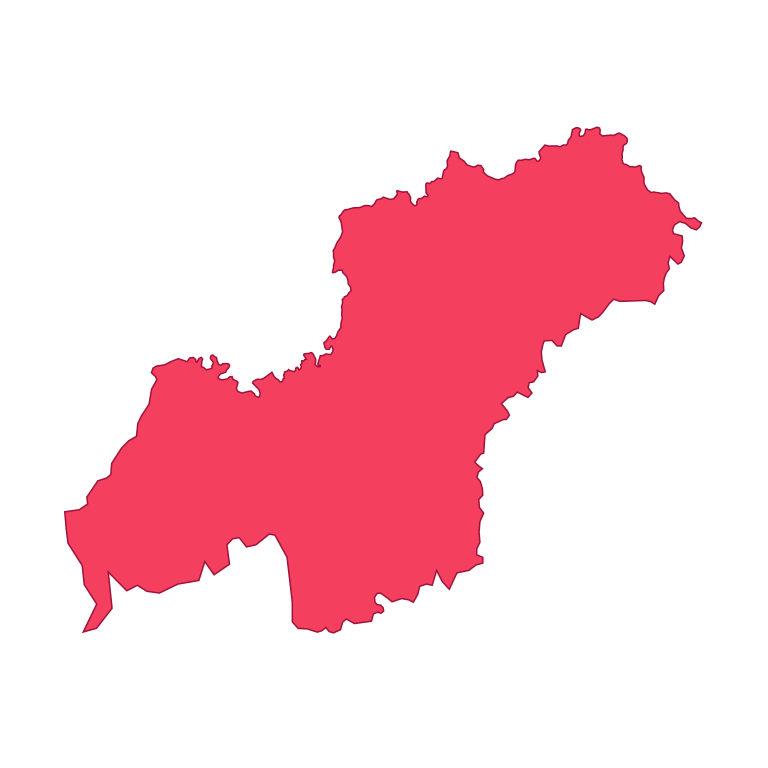 the district of Zémio, Haut-Mbomou, Central African Republic, rotated 177°
{"feature_id": "33826404B4042011562142", "entity_name": "Zémio", "entity_type": "district", "adm_level": 2, "iso_a3": "CAF", "parent_name": "Central African Republic", "parent_adm1": "Haut-Mbomou", "projection": "natural_earth1", "projection_center": [25.196, 5.379], "detail": "fine", "context": "isolated", "style": "filled", "palette": "rose", "viewbox_px": 768, "rotation_deg": 177, "n_neighbors": 0, "source": "geoboundaries", "source_scale": "gbopen_adm2", "svg_char_len": 6138}
<svg xmlns="http://www.w3.org/2000/svg" viewBox="0 0 768 768"><g transform="rotate(177 384 384)"><path d="M709.5,273.1L708.9,255.9L707.9,241.6L694.9,218.6L693.8,199.2L682.4,179.3L697.3,152.1L683.9,155.1L667.3,174.3L669.2,210.7L651.7,191.0L640.8,195.9L631.6,189.4L619.2,187.0L600.3,195.0L579.2,197.5L572.2,216.1L563.7,202.4L547.7,212.1L549.3,231.5L543.4,237.3L536.6,238.1L529.8,228.5L520.3,230.1L506.5,240.1L500.8,238.8L489.9,216.1L487.0,171.0L488.0,151.3L482.5,144.4L473.3,143.4L463.5,139.7L458.9,140.9L454.8,143.9L451.8,139.7L447.6,138.1L440.3,140.9L437.8,148.3L433.9,151.3L426.0,146.3L408.9,147.8L406.6,155.1L402.4,156.4L398.9,155.3L396.2,157.3L396.6,160.6L398.8,163.3L402.5,164.1L404.4,166.6L404.7,171.3L401.8,175.3L398.3,175.3L391.9,170.3L387.4,166.1L377.6,168.8L370.4,167.1L366.2,164.5L361.3,172.1L359.0,180.0L352.1,182.0L346.4,180.5L341.2,195.1L336.2,183.7L329.5,175.6L321.1,191.5L308.8,193.5L301.7,198.4L294.7,200.0L294.4,205.7L300.3,208.6L300.0,214.7L296.5,220.8L296.8,231.0L295.4,241.6L291.2,249.8L295.1,255.5L295.4,263.7L291.2,267.7L291.2,274.3L292.9,281.6L296.1,285.7L294.4,291.0L290.1,294.3L293.6,297.1L297.5,301.2L291.2,308.9L288.1,309.7L285.8,328.1L278.2,334.1L276.1,338.6L266.9,342.2L263.7,342.2L260.4,346.2L262.2,350.6L267.8,358.2L260.8,363.9L255.4,364.9L251.3,368.9L241.0,363.1L236.7,367.3L240.3,372.8L239.0,377.7L234.5,378.3L229.9,384.0L230.2,389.5L226.1,387.1L222.3,387.7L225.0,399.7L225.2,408.0L223.2,415.3L221.6,418.7L213.9,418.7L209.2,413.0L204.9,412.7L200.0,423.9L191.6,428.4L187.1,429.4L184.0,444.0L172.9,437.0L166.2,439.9L161.9,444.0L154.9,452.4L150.2,456.6L144.1,454.2L118.2,453.7L113.0,452.1L109.4,449.5L105.1,457.9L99.7,462.6L99.7,470.1L98.4,475.6L96.3,480.1L93.0,484.2L93.9,490.2L91.8,496.5L84.2,488.4L80.8,490.0L77.4,496.2L79.9,504.3L78.3,510.9L78.5,516.3L87.1,519.0L87.8,522.9L85.7,527.6L80.3,530.7L74.5,528.6L69.5,523.9L64.1,521.6L60.5,524.4L58.5,528.5L61.4,530.0L65.1,533.7L68.7,533.1L73.4,533.7L79.2,541.2L80.3,546.8L80.3,549.3L84.2,552.8L88.6,559.0L92.4,560.1L96.4,559.8L104.8,561.6L107.1,561.2L110.6,564.0L113.3,569.2L113.9,571.5L113.5,576.8L115.7,582.5L116.0,585.5L115.7,587.4L116.2,588.3L117.7,588.8L121.8,587.3L124.5,588.1L126.8,588.0L130.9,590.6L132.8,591.0L133.9,592.4L134.7,595.7L134.2,597.7L134.2,602.0L133.1,604.7L132.8,608.6L132.3,609.8L129.4,611.5L128.5,613.1L128.2,615.8L128.8,617.1L131.2,619.5L136.2,622.4L141.8,620.2L144.5,620.7L152.9,620.3L155.5,622.6L154.8,625.7L155.3,628.3L157.7,629.3L164.8,627.0L168.8,628.0L169.5,627.1L169.9,624.7L171.4,622.1L172.5,621.3L175.4,621.0L176.0,621.6L176.1,623.9L174.4,627.0L174.5,628.2L176.5,629.6L178.7,629.9L182.4,628.3L184.3,621.0L187.3,617.5L188.0,614.8L189.3,613.1L192.3,613.3L195.6,611.7L198.9,612.7L207.3,613.0L210.8,614.2L217.0,607.9L217.0,606.0L215.7,601.8L216.1,600.3L218.1,598.4L219.5,598.6L221.4,601.3L222.5,601.6L226.8,600.4L231.4,601.0L234.7,600.2L238.2,600.5L240.1,598.4L241.2,596.0L242.0,589.9L242.9,588.2L245.5,586.8L249.5,585.7L253.2,583.2L255.7,583.0L258.4,581.9L262.0,582.6L269.7,586.4L272.8,589.3L273.8,591.6L273.2,592.9L275.8,597.1L279.2,597.6L281.3,596.3L283.7,596.0L289.8,598.6L292.3,602.3L296.8,605.7L298.1,611.1L305.0,613.1L305.6,612.3L306.2,608.6L309.2,603.9L309.3,597.7L310.8,595.4L312.4,594.7L313.4,593.3L315.2,586.3L316.4,585.8L319.4,586.9L323.7,583.5L325.6,583.8L327.8,581.7L329.7,582.5L331.3,582.2L331.8,580.5L332.0,573.0L331.7,571.9L330.1,570.7L330.0,570.0L331.4,568.8L333.7,569.5L336.0,567.8L337.8,567.2L339.3,567.4L340.3,566.7L341.7,564.2L341.8,561.5L342.7,560.6L343.7,560.4L345.5,561.5L347.7,564.5L348.1,565.8L347.6,568.4L349.3,572.6L350.2,573.3L350.9,574.8L355.6,574.7L360.8,576.4L361.2,575.9L360.7,572.7L364.7,568.4L368.3,568.0L374.9,570.6L377.0,569.1L381.0,568.5L382.1,567.7L383.7,564.9L387.0,561.9L390.3,563.0L394.0,563.2L398.7,561.5L405.5,561.5L411.9,560.0L413.8,560.1L415.4,559.0L418.0,555.4L419.8,554.1L420.3,552.7L418.3,547.8L417.4,538.0L419.5,533.2L423.8,527.2L425.8,522.8L427.8,519.7L427.5,517.4L427.8,513.6L426.7,509.5L428.1,505.7L428.3,502.9L429.7,498.3L429.1,497.7L426.6,498.3L423.5,500.0L419.9,499.8L419.2,497.2L415.6,493.2L414.5,489.1L414.5,485.7L412.4,482.8L412.0,478.9L414.4,476.8L416.1,474.2L419.0,473.1L419.7,471.8L421.3,470.5L421.0,467.6L422.4,463.3L422.0,460.7L422.7,455.2L422.2,452.3L423.8,446.8L424.2,442.4L427.1,438.8L429.0,434.4L430.5,432.3L433.0,431.6L435.5,434.6L435.9,434.6L438.6,430.9L441.9,428.3L441.1,423.7L440.4,422.3L439.5,421.6L436.9,421.5L435.3,424.1L434.1,424.5L433.1,421.5L433.4,419.1L435.7,416.1L440.2,417.1L444.0,415.5L446.1,415.6L449.1,407.5L448.3,405.8L446.7,405.8L446.7,404.7L448.9,404.6L451.9,406.9L450.7,411.6L452.9,417.0L454.2,418.8L455.2,419.2L457.2,418.5L461.6,418.4L462.6,417.8L462.7,417.1L460.3,412.7L461.9,412.4L463.0,411.2L464.7,411.7L465.0,411.4L464.9,408.7L466.3,407.8L465.6,405.2L467.0,403.2L468.2,402.7L469.2,404.9L469.9,405.2L471.1,404.7L471.8,402.1L473.0,401.1L477.2,402.2L478.4,403.4L480.1,401.9L482.7,401.2L482.9,399.7L483.8,398.3L483.1,395.1L484.3,394.7L485.0,392.5L486.0,391.7L487.7,391.5L489.3,393.7L491.8,395.3L493.4,397.4L495.3,401.6L503.9,395.9L506.4,395.0L510.2,395.4L513.5,394.1L514.9,392.8L515.1,391.7L509.2,385.1L508.2,381.2L508.8,378.1L510.2,377.2L513.1,378.8L514.0,381.0L517.0,383.8L519.3,383.8L526.3,382.4L530.4,384.2L531.3,386.3L531.5,387.9L529.7,393.0L530.9,394.6L534.6,396.5L535.3,399.4L537.9,399.2L540.0,397.3L545.2,396.6L547.1,397.0L549.3,398.7L549.4,399.6L546.8,402.6L541.4,404.1L540.7,406.0L539.3,407.2L537.4,409.7L537.3,410.9L538.1,412.1L539.6,412.6L544.0,412.7L545.8,411.3L548.0,412.2L549.5,415.9L549.9,419.2L551.7,420.1L553.5,421.9L555.1,421.5L556.0,419.4L555.9,418.3L553.3,414.6L553.4,413.7L554.9,411.1L554.9,409.1L555.9,408.4L560.6,407.5L563.4,410.0L565.4,410.7L564.8,416.0L563.8,418.3L565.0,420.0L566.0,419.9L567.8,418.7L569.6,415.7L570.6,415.9L570.7,418.2L573.0,420.5L576.9,420.1L579.3,416.6L588.1,420.0L596.2,417.3L601.9,414.6L610.2,413.8L613.7,412.0L615.7,407.5L611.7,403.2L610.6,400.2L616.4,390.9L619.7,376.0L627.6,365.3L631.9,357.6L633.9,344.7L642.0,340.6L649.5,333.7L660.1,319.0L661.6,307.8L666.0,304.6L674.8,302.3L686.7,286.6L686.2,279.7L694.9,274.4L709.5,273.1Z" fill="#f43f5e" stroke="#9f1239" stroke-width="1.5"/></g></svg>